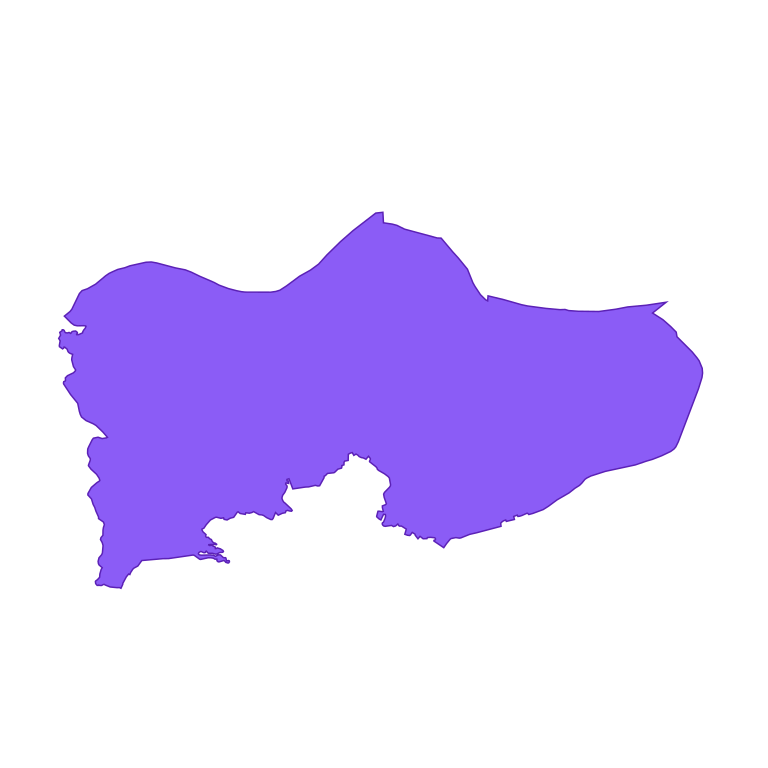 Ba Vi, Ha Noi, Vietnam (Natural Earth projection), rotated 82°
{"feature_id": "81297802B94958861355476", "entity_name": "Ba Vi", "entity_type": "district", "adm_level": 2, "iso_a3": "VNM", "parent_name": "Vietnam", "parent_adm1": "Ha Noi", "projection": "natural_earth1", "projection_center": [105.414, 21.156], "detail": "fine", "context": "isolated", "style": "filled", "palette": "violet", "viewbox_px": 768, "rotation_deg": 82, "n_neighbors": 0, "source": "geoboundaries", "source_scale": "gbopen_adm2", "svg_char_len": 6158}
<svg xmlns="http://www.w3.org/2000/svg" viewBox="0 0 768 768"><g transform="rotate(82 384 384)"><path d="M501.3,176.9L499.1,146.4L496.9,134.9L496.0,128.7L493.7,119.0L490.7,109.5L488.7,105.8L486.9,103.8L482.2,100.6L432.6,73.3L421.8,68.2L417.5,67.0L412.7,66.7L404.9,68.7L401.8,70.3L395.2,74.3L378.0,87.3L373.3,87.4L367.0,92.1L359.2,98.8L351.1,108.2L342.3,93.2L342.5,113.1L341.6,132.0L342.2,144.0L342.1,161.2L339.0,181.5L337.0,190.9L335.4,194.3L334.9,199.3L331.7,213.0L326.7,231.0L324.6,236.8L317.3,253.3L311.2,268.7L316.1,269.8L314.7,271.7L308.9,276.1L299.9,280.4L296.0,281.9L281.9,285.4L269.7,292.8L262.8,297.5L247.5,307.1L246.8,311.0L233.5,342.1L228.7,349.1L226.8,353.6L224.3,362.1L213.8,361.2L213.6,368.4L227.8,393.3L236.9,407.2L248.1,422.4L256.2,432.1L261.0,441.0L265.5,452.6L273.3,466.9L276.6,474.0L277.3,478.3L277.3,483.5L273.7,508.6L272.8,512.1L271.1,517.0L267.9,524.7L263.1,533.6L259.8,538.1L251.7,551.4L246.4,559.3L243.3,564.9L240.0,574.4L232.5,592.2L230.8,597.4L230.3,602.9L231.6,619.1L232.8,624.5L233.5,631.7L235.1,637.3L236.2,640.8L238.1,644.6L245.0,655.7L248.4,664.4L249.5,670.0L252.0,673.0L266.5,682.7L268.5,684.8L272.3,691.1L280.0,685.3L282.6,682.6L283.7,679.6L284.5,673.0L285.1,671.2L285.5,671.1L287.2,672.1L288.7,673.8L290.3,675.0L291.4,675.4L292.6,679.5L292.4,681.4L291.9,681.5L290.9,680.5L290.3,680.5L289.2,681.3L288.6,682.1L288.5,684.4L288.7,685.5L289.4,686.5L290.0,686.8L290.3,687.3L289.1,688.7L289.4,690.3L288.9,692.2L288.3,692.7L286.4,693.3L285.7,694.0L285.5,695.1L286.4,695.4L287.7,697.9L290.6,697.5L293.6,699.8L296.2,698.7L300.8,700.2L301.9,700.2L304.5,697.4L303.9,696.2L302.9,695.7L303.1,695.0L305.5,692.9L307.6,692.5L308.8,691.9L310.0,690.6L311.3,688.2L314.8,689.5L316.6,689.9L323.6,689.1L327.2,687.4L328.4,688.2L329.7,690.0L331.7,696.3L333.6,698.7L336.1,698.9L336.6,699.2L337.1,700.8L338.4,701.3L339.5,701.2L350.9,695.8L360.5,690.0L368.6,689.5L371.8,689.0L374.6,688.1L378.8,684.1L382.9,677.5L385.0,674.9L392.4,669.1L398.3,665.3L398.7,666.4L398.8,670.7L396.9,674.6L397.2,679.3L398.7,680.8L405.1,685.2L407.1,686.4L408.5,686.7L411.4,687.2L413.9,686.8L417.1,685.2L418.6,685.5L423.3,688.0L423.9,688.0L427.6,686.0L433.4,681.2L437.6,679.2L439.9,678.8L440.4,679.2L441.8,682.1L445.7,688.2L451.2,692.4L452.7,692.7L457.1,689.7L462.7,688.8L466.1,687.6L469.7,687.0L475.9,685.2L477.6,685.4L481.7,681.0L484.4,680.5L487.0,681.8L489.6,682.6L494.7,683.4L496.8,685.7L498.5,686.4L501.9,685.1L504.9,684.7L512.2,686.4L513.8,687.4L516.4,690.4L519.8,691.8L522.2,691.8L523.6,691.3L526.7,688.6L528.3,689.9L532.6,691.8L535.8,692.5L537.8,694.9L539.0,697.0L539.5,697.3L541.6,697.3L543.5,696.1L543.7,695.0L543.4,694.6L544.0,693.3L544.2,691.6L543.5,690.0L543.5,688.9L544.2,688.1L546.9,683.4L548.5,676.8L548.8,674.3L549.7,672.9L546.1,670.6L545.1,670.4L539.1,666.0L536.6,663.3L537.3,662.2L535.4,661.1L532.5,658.6L531.5,657.2L530.0,653.1L525.1,648.4L526.2,627.2L526.9,621.7L526.8,596.8L527.3,595.7L531.9,590.9L532.2,590.0L531.6,582.2L532.1,579.2L532.8,577.1L533.9,575.9L534.2,573.9L535.8,574.0L537.0,573.0L537.2,571.9L536.5,567.1L537.0,566.5L538.6,565.5L539.6,563.4L539.5,562.7L538.6,561.8L537.6,561.8L537.2,562.4L537.2,564.5L534.3,564.8L533.9,565.2L533.8,566.6L533.4,567.4L530.5,569.7L530.1,571.6L531.2,574.9L529.9,576.6L529.0,580.4L528.1,588.7L527.5,590.6L526.7,591.3L526.1,591.4L525.1,590.7L524.4,589.0L524.5,588.3L525.9,586.1L526.1,585.1L526.0,584.4L524.9,583.7L524.8,583.1L526.6,582.1L527.2,581.3L527.8,577.4L529.1,574.2L529.0,573.0L528.0,570.0L528.2,567.1L527.5,566.3L526.5,566.6L524.5,568.9L523.1,571.9L523.6,573.2L523.5,573.9L522.1,573.8L521.6,574.3L521.0,575.5L519.7,576.8L519.7,579.1L519.0,580.0L518.7,579.9L518.7,579.6L518.8,577.4L519.3,575.1L519.2,574.0L519.8,572.7L519.8,572.3L519.4,572.0L518.1,573.3L517.5,575.0L515.7,576.1L514.0,576.6L513.1,578.0L511.3,579.4L511.2,581.0L510.8,581.5L509.8,581.8L508.4,581.2L505.1,583.9L503.3,584.5L502.4,584.5L501.7,582.4L498.6,579.6L494.5,574.8L492.6,569.5L492.6,568.4L494.3,564.2L494.2,561.5L495.8,561.2L496.8,558.3L495.5,555.0L495.1,551.4L490.5,547.1L490.3,546.2L492.2,544.5L493.8,539.5L492.3,538.7L493.2,535.3L492.9,532.7L492.2,530.9L496.0,525.9L496.6,523.2L497.4,521.6L500.0,518.8L502.4,515.1L502.7,513.7L501.8,512.6L496.2,509.3L499.2,507.0L497.9,502.7L497.7,499.6L496.1,498.8L495.7,497.3L496.7,494.9L497.1,493.2L496.4,492.5L494.6,493.4L488.0,498.7L487.3,499.5L485.3,500.5L482.8,501.0L480.2,499.9L477.5,497.3L473.2,494.5L471.9,494.2L471.0,494.4L469.6,495.3L468.9,495.2L468.3,494.8L469.2,492.3L466.7,492.4L466.4,493.5L465.0,493.4L464.6,491.3L475.2,488.9L475.1,476.3L475.4,472.9L474.8,466.1L475.8,463.7L475.8,461.9L468.6,456.5L466.9,456.0L466.6,454.8L464.7,452.4L464.9,445.9L464.3,444.7L461.9,441.5L461.4,437.8L460.1,437.2L458.9,437.1L458.5,434.9L456.0,434.5L454.9,433.7L454.7,430.1L448.6,429.1L447.8,427.1L447.5,425.0L450.5,423.8L449.5,421.5L450.7,419.9L452.4,418.7L453.7,416.7L454.3,414.8L456.0,412.3L453.4,409.4L455.9,407.9L456.7,408.0L458.4,409.1L459.1,409.0L464.8,403.5L466.5,402.5L467.4,402.5L468.7,401.5L473.0,396.0L476.2,392.8L477.8,391.8L484.5,391.5L485.7,391.8L486.9,392.8L491.4,398.6L493.0,399.7L496.3,399.6L502.9,398.3L503.7,399.3L504.5,402.6L506.2,402.8L510.0,402.4L510.2,403.3L509.2,406.7L509.2,407.7L514.0,409.7L514.8,409.5L517.0,407.6L518.2,406.0L513.0,402.6L513.4,400.8L515.0,400.8L517.2,401.6L520.8,403.8L521.1,404.6L521.6,405.1L522.7,405.2L523.7,404.8L524.6,404.0L525.1,402.6L525.1,396.2L526.5,394.4L526.2,392.3L524.6,389.8L526.4,389.0L526.9,388.4L527.1,386.5L530.8,382.1L535.7,384.3L537.0,381.9L537.6,379.7L537.2,378.9L534.9,376.7L537.0,374.2L538.2,374.1L542.0,371.9L539.9,369.5L542.7,366.8L543.1,363.0L542.1,362.4L542.3,359.3L543.3,355.2L544.2,354.6L544.9,354.6L545.4,354.8L545.8,356.3L546.5,356.4L554.4,347.6L550.8,344.3L546.9,340.1L546.4,339.1L546.1,334.2L547.1,330.9L547.1,329.4L544.8,320.0L544.2,312.9L541.2,287.9L538.1,287.8L537.1,286.6L536.1,284.7L535.6,282.4L537.1,282.0L536.3,273.7L533.2,274.0L532.4,270.3L533.8,269.8L533.8,267.9L533.4,265.7L531.9,260.5L532.1,259.7L533.4,258.8L532.9,254.7L530.5,243.8L527.9,238.1L522.8,228.7L517.6,215.9L513.8,209.4L511.6,204.5L509.7,201.9L506.4,198.3L505.4,196.4L503.9,192.0L501.3,176.9Z" fill="#8b5cf6" stroke="#5b21b6" stroke-width="1.5"/></g></svg>